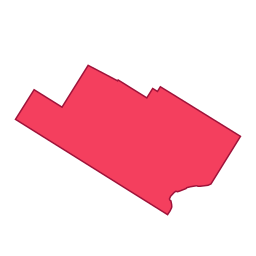 Harmon, Oklahoma, United States of America (orthographic projection), rotated 302°
{"feature_id": "52423323B18210039689715", "entity_name": "Harmon", "entity_type": "district", "adm_level": 2, "iso_a3": "USA", "parent_name": "United States of America", "parent_adm1": "Oklahoma", "projection": "orthographic", "projection_center": [-99.881, 34.769], "detail": "fine", "context": "isolated", "style": "filled", "palette": "rose", "viewbox_px": 256, "rotation_deg": 302, "n_neighbors": 0, "source": "geoboundaries", "source_scale": "gbopen_adm2", "svg_char_len": 639}
<svg xmlns="http://www.w3.org/2000/svg" viewBox="0 0 256 256"><g transform="rotate(302 128 128)"><path d="M76.4,207.5L80.0,207.6L83.5,207.2L84.5,206.8L86.4,205.4L88.5,203.4L89.0,202.8L88.9,202.3L89.2,201.4L89.9,200.7L92.7,200.3L97.8,201.3L99.7,202.1L100.2,203.8L102.1,205.4L107.4,209.3L108.3,209.4L109.0,209.9L111.1,211.9L115.1,216.4L115.5,217.1L115.7,218.3L116.8,220.0L121.8,226.2L124.5,228.0L180.5,227.8L180.2,144.8L180.1,133.6L174.6,133.6L174.6,128.0L163.5,128.0L163.5,94.2L162.5,94.2L160.0,61.0L110.7,61.0L110.7,28.1L75.7,28.0L75.6,136.4L75.6,136.5L75.5,207.5L76.4,207.5Z" fill="#f43f5e" stroke="#9f1239" stroke-width="1.5"/></g></svg>